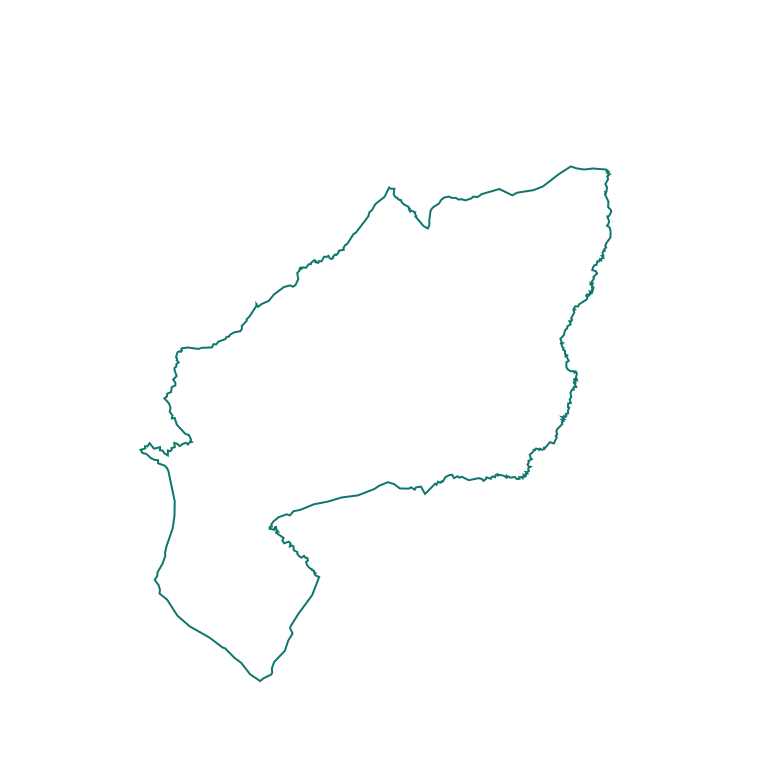 the district of Sawang Arom, Uthai Thani, Thailand, rotated 137°
{"feature_id": "78962969B79661322600034", "entity_name": "Sawang Arom", "entity_type": "district", "adm_level": 2, "iso_a3": "THA", "parent_name": "Thailand", "parent_adm1": "Uthai Thani", "projection": "natural_earth1", "projection_center": [99.718, 15.604], "detail": "fine", "context": "isolated", "style": "outline", "palette": "teal", "viewbox_px": 768, "rotation_deg": 137, "n_neighbors": 0, "source": "geoboundaries", "source_scale": "gbopen_adm2", "svg_char_len": 6142}
<svg xmlns="http://www.w3.org/2000/svg" viewBox="0 0 768 768"><g transform="rotate(137 384 384)"><path d="M75.3,389.4L84.2,399.1L91.4,404.4L96.1,410.4L99.0,415.7L112.7,418.2L133.1,420.1L142.4,423.8L156.3,433.2L161.5,434.5L166.6,447.9L183.0,456.2L188.0,456.9L191.0,460.2L193.6,460.2L199.2,462.8L201.5,466.6L203.4,467.6L204.6,471.1L207.5,473.9L208.7,476.8L213.0,479.4L217.0,479.6L220.6,478.5L227.7,479.8L231.5,479.1L239.1,473.0L242.4,469.3L245.9,467.8L247.4,472.8L246.8,484.9L246.0,484.7L245.1,487.9L244.1,488.3L245.7,492.1L247.2,492.2L246.9,493.9L245.5,494.6L246.2,495.4L245.2,497.0L246.8,501.0L247.2,504.7L246.1,506.9L246.9,507.4L247.7,510.0L247.2,511.1L248.3,512.8L247.5,516.2L243.3,519.7L246.0,522.4L246.3,524.2L255.9,520.5L267.7,521.5L274.3,519.3L277.5,519.6L281.1,517.3L301.7,513.8L303.8,514.5L315.0,511.6L317.7,512.0L320.9,511.1L321.9,509.6L326.1,512.3L327.7,511.1L331.0,510.8L331.6,512.1L334.8,511.8L335.3,510.8L337.3,511.3L337.9,513.1L337.2,515.6L339.1,516.0L341.0,517.9L346.1,516.3L347.5,518.2L349.4,517.4L351.0,519.8L350.0,520.2L350.4,522.0L354.6,522.4L355.8,521.5L357.3,522.9L361.9,522.2L363.3,524.2L366.1,524.7L365.2,525.6L366.2,526.2L369.1,524.5L371.8,524.3L375.2,519.2L381.2,516.7L384.2,517.2L385.4,520.1L391.1,523.2L403.5,524.5L411.7,523.4L419.1,526.0L423.5,526.3L422.9,529.4L424.0,528.2L436.1,525.1L440.2,525.0L441.5,523.8L448.4,523.5L450.2,521.3L453.1,520.6L458.4,524.0L463.0,525.0L465.0,524.3L466.9,525.8L469.6,525.1L476.1,527.9L479.8,527.4L481.5,529.4L484.9,528.1L492.9,535.0L495.7,536.1L502.6,544.5L507.2,547.8L508.2,548.0L509.0,546.2L510.5,546.0L511.2,547.4L513.4,548.0L517.8,545.5L518.0,543.7L519.5,542.7L519.4,539.9L522.3,540.1L524.1,538.4L526.3,538.6L527.5,537.4L530.3,531.2L535.1,531.1L535.7,527.2L537.6,525.3L541.3,526.5L545.3,523.3L549.1,524.8L551.2,523.0L554.4,523.3L554.5,516.4L556.4,512.1L559.7,509.8L560.1,505.3L562.6,503.5L560.3,501.8L563.3,495.5L563.3,483.2L561.5,479.6L563.0,475.1L564.1,474.6L564.1,472.7L566.2,474.0L568.6,473.5L568.9,476.0L571.6,477.3L575.9,478.0L576.0,481.2L577.6,483.9L580.1,480.5L583.2,482.0L584.0,480.7L586.2,480.7L587.3,482.7L590.8,479.2L591.9,483.2L591.3,486.4L593.1,488.3L590.9,490.6L596.3,493.5L595.8,500.6L599.5,499.8L601.2,501.4L602.6,499.7L606.9,501.9L607.7,498.2L605.5,495.0L605.0,488.6L603.4,484.8L601.2,482.3L603.3,480.1L600.1,473.9L600.0,470.3L601.3,467.0L617.1,440.9L627.1,430.5L637.1,422.5L653.5,413.8L659.5,409.7L661.1,407.5L668.5,403.6L678.4,400.6L680.6,398.3L685.3,397.1L686.0,390.7L688.2,386.3L691.1,383.8L689.7,374.3L693.1,355.4L691.4,339.3L684.6,317.6L681.8,301.5L680.5,299.0L680.1,285.5L678.6,277.3L679.9,263.1L677.2,251.2L673.1,251.0L664.5,248.4L662.7,249.1L659.8,252.6L653.9,255.6L638.4,256.5L629.1,261.6L621.0,263.9L619.3,269.3L617.9,270.4L603.0,274.4L580.5,278.6L563.0,287.1L564.7,290.8L564.3,292.4L563.1,292.4L563.5,294.1L562.5,295.2L563.6,296.9L563.0,297.7L563.9,299.9L563.8,304.1L562.4,307.0L560.0,306.8L558.7,309.1L559.9,310.3L559.7,312.9L562.7,313.2L563.5,315.4L563.4,318.6L562.0,320.2L563.4,324.0L560.9,327.0L561.5,328.7L563.6,329.4L561.1,331.2L561.2,333.7L565.6,335.5L565.2,338.8L562.4,339.9L564.4,348.8L563.3,349.5L562.2,348.3L561.9,351.0L560.5,353.0L561.5,353.6L563.8,352.3L566.4,356.2L565.2,357.3L563.3,356.2L562.4,358.0L559.0,358.9L552.1,358.5L544.1,355.1L542.3,352.0L536.9,352.7L531.2,349.1L517.2,343.8L505.5,336.4L492.5,330.0L479.0,320.3L462.9,313.9L456.7,312.8L448.1,309.5L444.9,304.0L443.6,296.8L437.3,290.6L434.7,289.9L433.6,285.8L431.2,286.6L427.0,283.8L428.9,275.6L414.6,276.2L414.2,274.5L411.1,275.7L410.3,273.3L408.1,273.5L407.7,272.5L402.4,274.0L398.3,272.8L396.1,271.2L397.0,267.4L393.1,266.3L392.6,264.0L390.3,263.0L387.6,255.8L378.9,250.5L377.0,247.4L377.3,245.3L374.3,244.9L372.8,245.9L370.4,241.8L369.0,242.6L367.3,242.1L366.3,240.1L364.3,241.3L362.4,240.6L363.1,239.3L361.2,238.5L358.7,234.8L358.4,232.6L357.1,233.1L357.7,231.7L355.9,231.3L355.5,229.3L351.8,226.9L351.7,223.8L349.6,222.3L348.8,223.7L347.0,222.2L346.8,220.6L345.6,221.6L344.8,220.7L344.1,221.8L343.9,220.1L342.9,220.0L342.0,221.6L340.3,220.6L340.2,222.8L339.3,221.7L337.2,221.6L336.9,223.1L335.4,224.2L333.5,223.7L334.3,225.0L333.9,227.3L331.6,227.8L330.9,229.2L327.1,228.3L327.3,229.9L325.6,232.9L320.8,232.7L319.5,233.8L318.6,232.6L317.1,233.2L315.6,231.5L315.5,230.0L314.0,230.2L313.6,228.4L311.0,227.1L310.3,228.2L309.2,227.4L302.3,228.3L300.4,224.7L294.0,227.2L293.9,228.9L291.5,229.1L290.6,231.5L288.4,232.8L281.0,233.1L280.1,234.7L278.2,234.4L278.3,236.7L276.2,235.2L276.4,238.3L275.6,237.2L274.4,237.9L273.8,236.2L272.2,236.4L271.6,238.1L269.3,237.0L267.6,239.1L264.7,240.3L265.2,241.7L262.5,244.2L260.3,242.7L258.8,246.0L256.1,246.6L253.6,250.4L249.9,251.7L249.1,250.5L247.4,252.4L245.4,250.8L244.3,255.2L243.4,254.1L241.6,255.7L242.6,256.5L241.8,257.7L240.6,257.5L240.0,255.6L239.0,258.0L235.9,260.0L235.2,262.0L236.8,262.4L235.9,263.3L238.6,265.8L239.6,269.2L239.3,271.7L235.8,275.5L233.2,274.9L231.9,279.0L232.4,280.4L230.5,280.1L231.2,282.5L229.1,284.7L229.6,286.9L228.2,287.6L228.4,289.1L227.1,291.9L225.5,291.9L226.7,293.1L225.3,293.7L224.3,296.7L219.2,297.1L214.5,300.0L212.1,299.7L210.5,301.2L206.9,300.3L205.5,303.3L204.9,302.2L202.7,302.6L202.6,304.2L195.9,306.7L195.0,308.9L193.5,308.3L193.6,309.7L192.1,310.2L191.1,310.4L189.1,308.3L186.9,309.2L178.0,307.6L175.8,309.1L176.0,310.7L174.9,311.2L173.3,309.9L173.7,309.0L172.1,309.0L170.6,311.1L170.3,309.4L168.7,310.5L168.9,309.3L165.1,311.6L166.1,312.7L164.5,313.8L165.0,315.1L164.6,315.9L164.5,315.1L163.2,315.2L164.1,316.1L162.9,316.0L163.0,316.9L158.4,318.0L157.9,319.4L152.7,319.5L152.2,322.3L154.0,325.2L151.8,326.7L148.9,327.3L147.4,326.2L144.4,328.2L143.3,327.1L141.1,328.0L140.9,326.4L139.8,327.3L137.6,326.5L137.3,329.2L136.0,328.3L134.9,330.7L132.2,331.9L131.8,331.0L130.5,332.5L128.5,332.3L128.0,334.1L125.7,335.3L118.3,336.8L113.5,342.0L112.3,344.6L112.9,347.7L110.4,348.1L108.2,349.9L106.4,354.2L104.6,353.4L100.2,355.1L99.4,356.5L99.4,360.6L95.5,364.3L93.0,372.1L92.0,371.9L91.3,373.6L90.3,372.9L86.9,375.6L85.7,379.2L80.4,381.0L79.1,383.6L77.3,383.3L76.8,384.6L76.2,384.2L76.7,385.4L75.1,385.6L76.3,387.5L74.9,387.7L75.3,389.4Z" fill="none" stroke="#0f766e" stroke-width="2"/></g></svg>